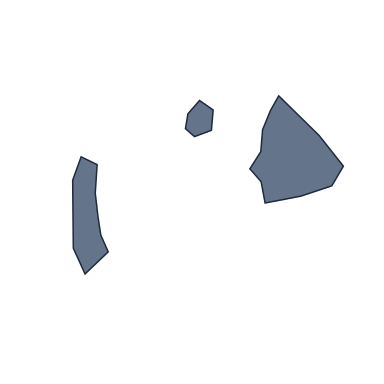 an SVG outline of Balzers, rotated 215°
{"feature_id": "LIE-4894", "entity_name": "Balzers", "entity_type": "state/province", "adm_level": 1, "iso_a3": "LIE", "parent_name": "Liechtenstein", "parent_adm1": "", "projection": "albers", "projection_center": [9.549, 47.108], "detail": "fine", "context": "isolated", "style": "filled", "palette": "slate", "viewbox_px": 384, "rotation_deg": 215, "n_neighbors": 0, "source": "natural_earth", "source_scale": "10m", "svg_char_len": 515}
<svg xmlns="http://www.w3.org/2000/svg" viewBox="0 0 384 384"><g transform="rotate(215 192 192)"><path d="M176.1,320.5L120.3,311.2L82.8,300.0L81.0,277.3L100.4,251.1L125.8,224.9L141.3,240.1L157.9,244.2L158.8,264.5L169.9,283.5L174.5,303.9L176.1,320.5ZM232.6,63.5L257.0,77.9L296.5,133.2L303.0,157.2L285.4,160.0L270.6,135.6L254.9,117.9L242.0,104.4L226.3,94.9L232.6,63.5ZM221.7,238.8L233.7,240.1L240.2,253.7L238.3,271.3L221.7,271.3L211.5,253.7L221.7,238.8Z" fill="#64748b" stroke="#1e293b" stroke-width="1.5"/></g></svg>